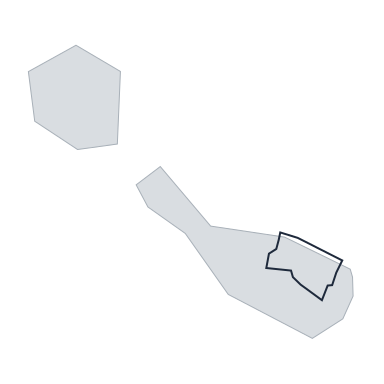 Saint Kitts and Nevis, with Saint Thomas Middle Island highlighted, rotated 175°
{"feature_id": "KNA-5111", "entity_name": "Saint Thomas Middle Island", "entity_type": "Parish", "adm_level": 1, "iso_a3": "KNA", "parent_name": "Saint Kitts and Nevis", "parent_adm1": "", "projection": "orthographic", "projection_center": [-62.788, 17.332], "detail": "fine", "context": "in_parent", "style": "outline", "palette": "slate", "viewbox_px": 384, "rotation_deg": 175, "n_neighbors": 0, "source": "natural_earth", "source_scale": "10m", "svg_char_len": 625}
<svg xmlns="http://www.w3.org/2000/svg" viewBox="0 0 384 384"><g transform="rotate(175 192 192)"><path d="M247.0,204.0L221.4,220.1L176.4,156.4L103.7,139.0L41.1,101.3L39.5,93.2L40.6,74.3L52.8,52.5L84.9,35.7L164.8,86.8L202.3,151.3L237.2,180.9L247.0,204.0ZM344.5,326.2L294.8,348.3L252.8,318.3L262.2,246.3L302.3,244.3L342.5,276.2L344.5,326.2Z" fill="#d9dde1" stroke="#a8b0b8" stroke-width="1"/><path d="M107.6,144.0L90.7,137.1L48.3,110.7L55.3,99.1L60.5,87.0L65.0,87.0L72.0,72.9L91.9,90.3L98.9,98.4L100.2,105.1L124.6,109.8L120.7,123.9L113.0,127.9L109.8,136.7L107.6,144.0Z" fill="none" stroke="#1e293b" stroke-width="2"/></g></svg>